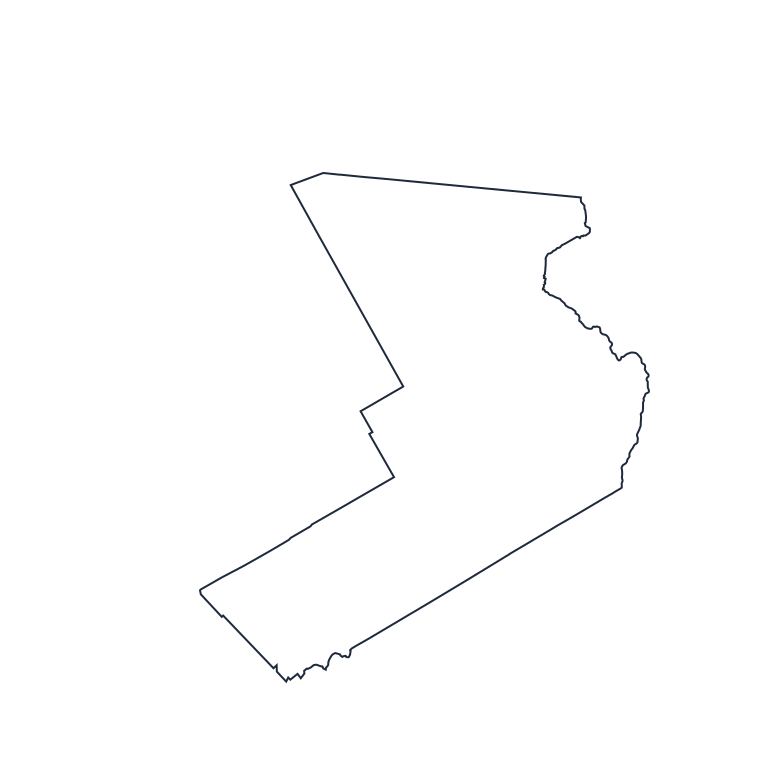 outline of Aroostook, Maine, United States of America, rotated 60°
{"feature_id": "52423323B61306663314312", "entity_name": "Aroostook", "entity_type": "district", "adm_level": 2, "iso_a3": "USA", "parent_name": "United States of America", "parent_adm1": "Maine", "projection": "orthographic", "projection_center": [-68.421, 46.517], "detail": "fine", "context": "isolated", "style": "outline", "palette": "slate", "viewbox_px": 768, "rotation_deg": 60, "n_neighbors": 0, "source": "geoboundaries", "source_scale": "gbopen_adm2", "svg_char_len": 4869}
<svg xmlns="http://www.w3.org/2000/svg" viewBox="0 0 768 768"><g transform="rotate(60 384 384)"><path d="M592.8,617.5L590.3,613.7L593.2,613.0L591.8,603.8L597.2,603.2L595.0,597.8L592.4,596.5L591.9,593.1L592.6,592.5L592.9,589.2L592.3,585.5L593.2,583.0L597.3,579.5L597.3,579.1L597.4,578.9L597.9,578.6L598.8,578.6L600.0,578.8L600.2,578.7L600.6,578.3L602.3,577.3L600.7,576.0L600.5,575.6L600.3,574.5L599.5,573.0L598.9,572.4L597.8,571.8L596.8,571.0L595.5,569.5L594.1,567.3L592.7,564.6L592.5,563.3L592.6,560.9L592.7,560.6L596.2,557.3L596.6,557.4L597.4,557.4L599.4,556.6L599.6,556.4L599.4,555.5L600.1,553.3L600.4,553.1L601.2,553.3L601.9,552.8L602.7,551.8L602.9,551.0L601.5,548.8L598.4,546.3L598.1,546.3L597.8,546.5L597.6,546.5L597.2,545.4L596.9,544.0L596.8,538.2L596.9,526.9L596.8,517.4L596.3,476.1L596.0,450.1L595.2,405.9L595.0,397.8L594.1,360.6L594.0,360.1L593.5,316.4L593.5,314.4L593.3,306.2L593.3,284.6L593.3,282.1L592.9,248.9L593.0,247.9L592.9,244.6L593.0,241.7L592.8,237.6L592.8,231.4L592.7,230.5L592.6,229.9L591.8,229.4L589.9,228.4L588.7,227.7L587.6,226.2L586.8,225.6L586.3,225.4L584.6,225.0L583.7,224.6L581.4,222.9L578.4,221.3L577.3,220.8L575.9,220.4L575.2,220.0L574.8,219.5L574.4,219.0L573.8,217.8L573.7,217.3L573.7,215.8L573.6,214.2L573.1,213.1L572.9,212.7L571.4,211.3L571.0,210.6L569.6,207.7L567.9,206.8L566.7,206.0L566.5,205.6L564.8,203.0L564.1,201.2L563.4,199.9L563.1,199.6L562.2,198.1L561.9,197.4L561.8,195.3L561.6,194.3L561.0,193.4L559.5,192.5L558.4,191.5L558.0,191.3L555.2,190.7L554.4,190.2L554.1,189.9L552.9,188.3L551.3,185.9L549.4,183.7L548.7,182.7L546.0,181.1L545.4,180.6L540.7,177.6L538.4,176.7L538.0,176.0L537.7,174.7L537.2,173.8L536.7,173.3L534.9,172.0L529.7,169.0L529.4,168.7L528.6,167.7L528.1,167.1L526.4,166.6L524.8,164.3L523.5,162.7L523.3,162.2L523.3,161.6L523.5,159.5L523.3,158.7L523.0,158.4L521.8,157.7L519.0,157.3L514.0,154.5L513.7,154.4L512.4,154.6L511.7,154.5L511.1,154.1L510.1,153.1L509.9,152.5L509.9,151.6L509.8,151.3L509.2,150.7L507.9,150.2L506.9,150.4L505.4,150.9L502.1,150.9L501.3,150.5L500.8,150.2L499.7,149.2L498.6,148.7L497.6,148.7L496.9,148.9L495.4,149.9L494.8,150.1L493.7,149.9L491.2,148.8L489.9,148.7L488.7,148.9L485.1,149.6L483.9,150.0L483.1,150.5L482.3,151.3L481.5,152.3L480.7,153.5L480.3,154.3L479.6,158.0L479.5,159.3L480.2,163.0L480.1,163.4L479.5,164.2L479.5,164.8L479.6,165.2L480.7,166.3L481.0,166.8L481.1,167.2L481.3,167.7L481.2,168.3L481.0,168.8L480.7,169.0L479.8,169.3L478.6,169.3L474.1,168.8L473.6,169.0L471.9,170.3L471.2,170.6L470.5,170.6L468.4,170.2L467.4,170.4L465.6,169.9L465.3,169.5L464.9,168.6L464.5,167.7L464.1,167.0L463.3,166.5L462.5,166.3L461.7,166.4L460.2,167.1L459.4,167.2L458.3,167.1L456.9,166.6L456.3,166.5L454.3,166.7L453.2,167.0L452.2,167.6L450.2,169.7L448.8,170.3L447.9,170.5L447.5,170.5L446.2,170.1L444.2,169.2L442.8,169.0L442.0,169.6L440.9,170.6L440.5,171.1L440.2,172.6L439.3,173.4L439.0,173.9L439.0,174.5L439.7,175.8L439.9,176.4L439.8,176.9L439.6,177.4L437.8,179.7L437.2,180.2L435.0,181.4L434.0,181.6L431.3,181.9L429.6,182.4L428.5,182.4L427.6,183.1L427.0,183.3L426.6,183.2L424.3,181.5L422.1,181.1L421.6,181.1L421.0,181.4L418.7,182.8L418.1,182.6L417.7,182.1L417.2,182.0L416.4,182.0L413.0,183.4L411.2,184.7L409.9,185.9L407.5,187.1L406.5,187.4L404.5,187.3L400.1,188.8L398.4,189.0L394.9,191.9L391.5,194.0L390.6,195.1L389.8,195.8L388.8,196.2L387.2,196.3L386.6,196.5L385.9,197.0L385.1,197.9L383.6,198.2L383.0,198.0L382.5,198.0L382.0,198.4L381.5,199.2L381.3,199.1L380.7,198.5L379.9,197.0L378.5,196.2L378.0,196.0L377.9,194.6L377.1,193.8L376.7,193.8L376.5,194.0L376.1,194.0L375.0,192.6L373.7,191.4L372.5,192.4L372.2,192.5L371.9,192.3L371.8,191.5L371.6,191.3L370.7,191.6L370.2,191.6L369.2,189.6L368.1,189.1L367.5,188.5L366.4,187.6L364.2,186.2L362.1,184.7L358.3,182.4L357.2,181.7L356.5,181.6L355.3,180.4L353.4,177.2L353.4,176.3L353.6,175.7L353.8,175.4L354.0,174.3L353.9,172.3L353.5,171.6L353.4,170.5L353.6,169.4L353.5,167.5L353.4,167.2L353.1,167.0L353.0,166.7L353.0,165.6L353.3,165.2L353.7,163.3L352.7,160.6L353.0,157.4L353.0,143.3L354.4,141.7L354.9,141.7L355.7,141.4L355.6,141.0L355.1,140.6L354.8,140.2L354.6,139.4L355.0,138.0L355.3,137.9L355.5,137.7L355.3,137.4L355.2,136.9L355.8,136.1L356.2,135.0L355.8,131.0L355.2,129.7L352.8,128.2L351.7,127.9L350.7,128.7L348.0,130.4L347.7,130.4L345.0,129.6L344.9,128.6L344.7,128.4L342.8,127.1L340.2,125.4L335.6,123.4L333.8,122.8L332.3,122.7L329.6,121.2L329.0,121.4L324.8,122.3L321.8,120.9L320.9,120.2L279.6,178.3L255.0,212.9L205.9,281.9L194.9,297.6L181.4,316.4L180.1,318.4L171.3,330.5L170.8,331.5L165.9,360.2L165.1,365.3L223.1,366.3L395.8,368.6L395.9,417.9L419.9,418.1L419.9,421.7L469.7,421.9L469.7,493.8L469.6,516.7L470.5,518.7L470.6,541.9L471.4,544.1L471.6,564.7L471.6,569.6L471.4,595.7L470.4,621.4L470.3,645.6L470.7,646.5L474.6,647.8L504.6,640.9L504.1,639.1L545.5,629.0L574.9,621.8L573.9,617.6L579.5,620.6L592.8,617.5Z" fill="none" stroke="#1e293b" stroke-width="2"/></g></svg>